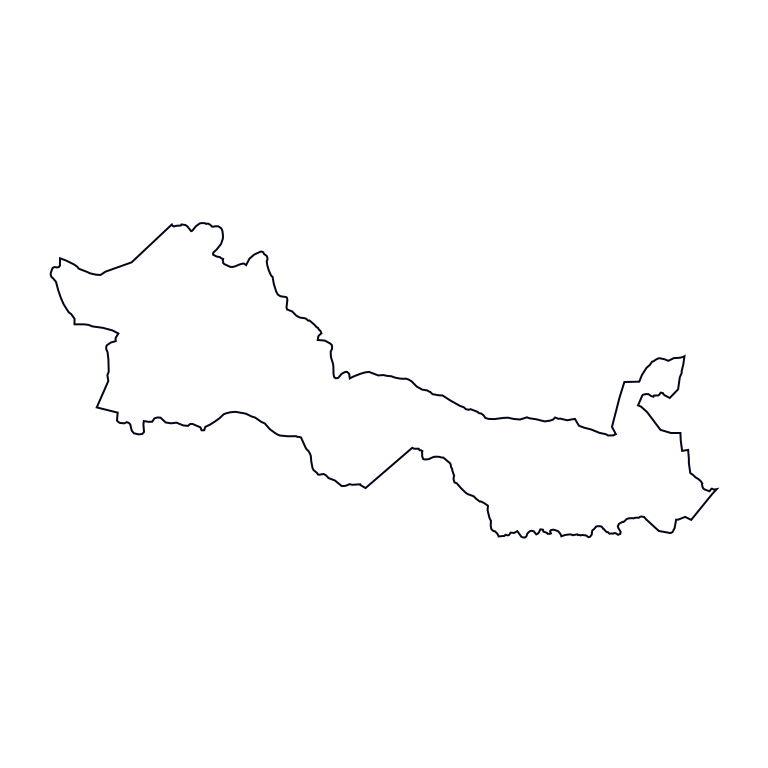 the district of Yaonáhuac, Puebla, Mexico, rotated 262°
{"feature_id": "50627088B21776838121102", "entity_name": "Yaonáhuac", "entity_type": "district", "adm_level": 2, "iso_a3": "MEX", "parent_name": "Mexico", "parent_adm1": "Puebla", "projection": "mercator", "projection_center": [-97.449, 19.915], "detail": "fine", "context": "isolated", "style": "outline", "palette": "ink", "viewbox_px": 768, "rotation_deg": 262, "n_neighbors": 0, "source": "geoboundaries", "source_scale": "gbopen_adm2", "svg_char_len": 6116}
<svg xmlns="http://www.w3.org/2000/svg" viewBox="0 0 768 768"><g transform="rotate(262 384 384)"><path d="M571.5,196.1L539.6,151.0L534.0,123.8L531.7,119.1L531.5,117.8L532.5,113.5L534.6,108.1L536.2,105.8L540.0,98.9L541.0,97.5L542.7,96.7L545.6,93.6L550.5,86.4L553.6,80.7L546.2,79.5L545.0,78.2L545.0,76.0L545.7,74.1L545.1,72.0L540.7,69.6L538.5,69.1L536.2,69.6L534.7,71.0L530.8,73.4L521.9,74.5L514.2,76.0L507.4,77.9L499.0,81.7L496.7,84.0L491.7,86.6L486.2,85.8L484.8,95.4L483.7,99.5L481.6,103.3L478.8,113.3L474.9,122.5L471.0,128.0L466.9,124.6L463.8,124.3L463.1,119.3L460.9,114.9L459.5,114.1L457.4,113.8L453.8,114.7L446.6,114.5L434.4,113.1L431.3,111.3L425.3,111.4L400.8,96.3L392.7,116.3L385.1,114.5L383.9,115.1L382.4,116.7L382.0,117.9L381.2,121.3L382.0,124.1L380.8,126.1L379.3,127.1L372.9,127.7L370.0,129.5L368.2,134.2L368.2,137.7L369.9,139.7L377.3,140.1L380.8,141.0L379.3,145.5L378.9,149.2L381.9,151.9L382.4,154.8L381.8,158.0L376.3,162.4L374.7,167.7L374.6,173.1L370.9,179.5L369.8,184.1L371.4,186.5L371.1,188.8L366.6,196.2L363.6,196.9L363.2,199.5L366.4,201.1L368.1,206.4L370.2,211.0L373.0,216.4L376.3,220.9L376.9,223.3L377.4,227.9L377.1,233.1L373.9,243.0L370.3,248.3L368.7,251.7L363.6,257.2L361.5,260.5L355.2,264.6L350.4,269.5L348.3,272.2L347.5,273.7L345.7,281.1L344.5,289.9L343.7,290.8L343.3,293.0L342.5,294.4L331.8,297.5L330.2,298.2L328.4,299.7L325.4,301.0L323.0,301.5L317.6,301.2L310.8,301.5L308.5,302.3L305.2,305.3L303.6,306.0L303.2,307.0L303.3,311.6L301.8,313.7L298.5,316.1L295.2,322.1L288.8,327.9L288.5,331.9L289.6,335.9L288.6,338.6L288.0,346.4L287.4,346.4L283.5,351.2L316.9,403.1L315.7,404.9L315.1,409.3L313.4,410.1L313.3,411.4L312.2,412.7L311.1,412.1L309.4,412.1L307.2,411.7L304.2,412.4L303.7,413.6L303.4,415.7L303.4,418.0L304.7,422.2L304.9,424.9L304.2,428.4L303.3,430.6L302.8,432.6L296.3,438.4L295.2,438.8L292.3,438.8L290.4,439.7L288.7,439.6L283.3,440.7L282.3,440.1L279.8,439.6L276.6,440.2L275.6,442.2L269.8,446.0L264.7,450.0L263.2,451.8L260.4,457.1L257.4,459.4L254.3,462.4L254.2,463.6L252.3,466.4L249.0,470.0L244.5,469.0L236.7,469.8L233.4,470.9L229.4,470.0L225.9,470.0L224.5,470.7L223.2,471.9L222.6,473.5L220.0,475.4L217.1,476.3L216.8,482.1L217.8,483.3L216.8,485.8L217.3,487.1L219.2,488.7L218.4,492.0L219.7,495.6L213.7,498.7L212.9,499.8L212.5,501.3L212.5,502.6L213.5,503.9L215.8,505.1L217.0,506.4L217.9,508.0L218.2,509.5L217.3,511.8L213.9,513.9L214.4,515.5L215.4,516.7L218.2,518.5L218.3,518.9L217.5,521.2L215.6,521.3L214.0,524.5L212.9,525.2L212.6,526.9L212.8,528.5L215.0,528.0L215.8,528.5L216.1,529.3L216.2,531.5L214.9,534.3L214.0,535.9L212.6,536.9L210.6,538.0L208.5,538.4L209.3,542.3L209.2,547.3L208.7,548.9L208.0,549.8L208.2,554.6L207.4,555.1L207.1,557.2L206.7,557.7L206.9,559.5L205.7,563.5L204.6,564.2L203.9,565.4L204.1,566.9L205.9,568.7L209.8,569.8L210.3,570.3L210.9,571.6L213.2,574.1L213.5,575.6L213.0,578.6L212.2,579.9L210.4,580.7L210.2,581.2L207.0,583.3L206.2,584.3L206.2,585.0L204.3,586.6L204.3,588.8L203.9,589.9L204.3,591.3L204.1,592.5L202.1,594.8L202.7,597.1L204.2,597.6L204.9,597.7L208.5,596.1L210.6,595.7L212.8,597.2L214.3,601.1L214.1,601.9L214.4,602.7L216.5,605.5L216.9,607.8L216.6,611.5L216.2,612.2L216.6,614.8L216.1,617.8L216.8,619.1L217.0,620.4L216.1,623.0L213.3,624.9L200.2,635.7L196.5,647.0L197.2,649.1L200.8,651.7L209.0,654.4L208.7,656.4L210.5,663.7L206.7,669.3L229.3,693.6L233.6,698.9L233.5,696.0L234.6,694.4L234.7,693.7L232.5,691.4L234.9,686.9L236.0,685.7L237.7,685.1L240.8,684.9L241.3,685.4L243.8,684.1L246.4,681.8L248.1,679.6L251.0,677.3L253.2,674.9L263.4,674.9L267.5,675.5L276.4,676.0L276.3,669.9L286.7,670.0L294.2,670.7L295.5,661.4L300.1,651.4L319.6,640.6L325.7,635.5L327.5,632.6L336.7,638.2L337.3,639.0L337.6,642.2L337.1,644.5L334.9,646.9L333.9,649.1L335.0,649.8L334.5,653.9L335.0,655.0L336.9,656.8L336.7,657.6L336.1,659.0L334.8,659.4L333.5,660.7L330.4,665.0L337.8,674.5L349.3,677.8L353.5,680.3L355.4,680.6L361.7,683.1L369.7,685.4L369.2,684.1L368.8,680.8L369.3,674.6L367.4,668.8L369.5,665.2L371.1,660.7L371.2,659.3L370.5,657.1L369.0,654.0L368.8,652.6L365.8,649.8L363.5,646.2L356.9,640.6L350.8,637.1L352.5,622.3L337.9,615.4L309.8,603.8L302.1,606.6L301.2,603.8L301.8,598.8L303.5,596.5L305.6,590.6L310.0,583.1L312.9,576.1L315.6,571.2L322.9,568.2L322.6,560.3L325.2,553.7L325.2,552.1L327.0,548.7L325.3,546.6L324.6,543.4L324.6,537.9L327.9,529.8L329.9,523.0L331.1,521.0L329.9,513.7L331.4,507.4L333.4,502.0L333.8,497.5L333.9,488.3L334.9,482.6L336.3,479.7L339.3,478.1L341.2,476.2L341.9,474.0L343.4,472.7L347.0,466.3L346.7,464.3L347.7,461.5L349.8,459.9L351.6,456.4L358.6,447.2L364.5,440.4L365.2,436.6L367.2,430.6L369.7,428.7L370.5,427.1L371.6,426.0L373.1,421.0L377.1,415.9L382.9,411.6L385.1,408.8L386.2,406.6L386.6,403.0L387.3,400.1L388.8,395.8L390.7,392.2L391.8,387.5L392.9,384.9L393.3,379.5L398.1,370.8L398.1,366.9L397.4,362.1L395.7,354.9L394.3,350.9L398.9,350.9L401.0,349.3L401.3,348.3L401.2,346.7L400.0,343.5L396.5,339.6L396.3,338.2L396.5,336.8L397.5,335.8L398.9,335.5L400.9,335.4L408.4,336.3L411.2,336.3L418.1,335.2L423.4,335.7L426.0,337.4L428.5,337.8L430.1,337.6L431.7,336.2L435.2,331.5L436.8,324.5L440.3,325.6L441.5,326.8L442.9,329.1L445.3,328.5L446.8,327.2L449.1,326.2L449.5,325.3L452.6,323.2L457.2,319.1L457.3,317.7L459.3,316.1L460.0,315.1L461.4,310.2L463.6,306.9L468.6,303.2L471.3,298.4L473.5,298.1L480.6,300.0L482.9,299.9L483.7,299.2L485.3,293.7L487.3,291.3L490.5,290.1L498.5,288.8L505.6,288.6L506.9,287.4L509.0,286.7L512.6,285.7L518.3,284.9L521.7,284.9L523.5,285.9L525.4,286.1L527.2,285.6L529.6,283.2L531.2,282.8L532.2,281.2L532.2,280.0L530.2,273.4L526.8,268.2L520.9,264.0L522.7,262.2L522.9,261.0L522.5,257.7L521.2,252.9L521.0,250.3L521.4,248.0L525.0,242.5L526.4,241.5L527.9,241.8L528.7,241.5L530.2,242.1L531.0,240.5L532.5,239.1L533.6,235.9L535.8,232.8L537.0,232.9L538.0,233.4L540.3,236.8L545.3,242.1L550.2,244.6L553.2,245.2L557.6,245.3L559.8,244.9L561.1,244.2L563.2,241.9L563.7,239.0L563.5,237.0L563.7,235.8L566.2,233.7L567.4,231.9L567.3,230.1L568.1,229.2L568.7,226.4L568.7,224.0L566.5,219.8L563.3,216.4L562.3,215.1L562.2,214.3L567.3,211.3L569.0,209.6L570.2,205.6L569.2,204.9L569.6,199.9L569.2,197.9L570.1,196.7L571.5,196.1Z" fill="none" stroke="#020617" stroke-width="2"/></g></svg>